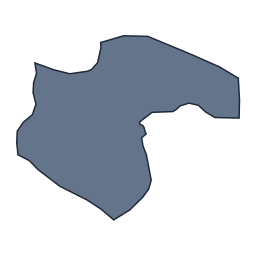 Osmaniye, Equal Earth projection, rotated 91°
{"feature_id": "TUR-4842", "entity_name": "Osmaniye", "entity_type": "Province", "adm_level": 1, "iso_a3": "TUR", "parent_name": "Turkey", "parent_adm1": "", "projection": "equal_earth", "projection_center": [36.291, 37.313], "detail": "fine", "context": "isolated", "style": "filled", "palette": "slate", "viewbox_px": 256, "rotation_deg": 91, "n_neighbors": 0, "source": "natural_earth", "source_scale": "10m", "svg_char_len": 776}
<svg xmlns="http://www.w3.org/2000/svg" viewBox="0 0 256 256"><g transform="rotate(91 128 128)"><path d="M116.1,17.1L116.0,41.3L110.7,50.5L104.0,58.2L102.1,67.6L105.0,76.3L108.3,79.6L110.8,83.5L111.9,104.1L121.7,116.5L123.8,116.3L125.3,113.2L127.7,111.8L130.7,111.1L133.6,109.7L137.5,114.2L145.3,112.8L154.1,109.3L160.9,107.8L179.8,103.9L188.8,106.3L197.1,112.2L209.9,124.8L220.1,140.7L209.5,153.7L200.4,168.2L187.5,195.1L171.1,217.3L162.4,226.0L156.7,237.5L144.9,239.0L133.1,238.7L124.0,232.7L116.3,223.8L105.6,220.4L94.4,223.5L84.6,223.2L74.9,220.4L64.6,222.2L71.1,203.2L74.8,187.1L72.0,169.6L70.1,165.4L63.3,159.6L47.9,156.4L43.0,156.8L35.9,134.1L36.0,110.0L51.8,69.9L65.2,37.8L76.2,18.6L98.0,17.0L116.1,17.1Z" fill="#64748b" stroke="#1e293b" stroke-width="1.5"/></g></svg>